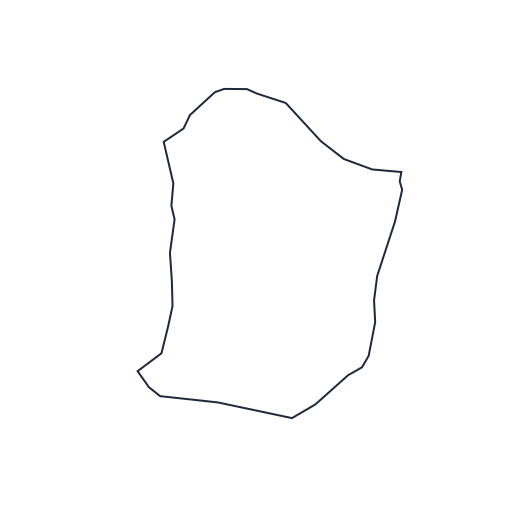 Concepción, Sololá, Guatemala, rotated 231°
{"feature_id": "79465075B28359200258392", "entity_name": "Concepción", "entity_type": "district", "adm_level": 2, "iso_a3": "GTM", "parent_name": "Guatemala", "parent_adm1": "Sololá", "projection": "robinson", "projection_center": [-91.133, 14.783], "detail": "fine", "context": "isolated", "style": "outline", "palette": "slate", "viewbox_px": 512, "rotation_deg": 231, "n_neighbors": 0, "source": "geoboundaries", "source_scale": "gbopen_adm2", "svg_char_len": 594}
<svg xmlns="http://www.w3.org/2000/svg" viewBox="0 0 512 512"><g transform="rotate(231 256 256)"><path d="M241.0,91.5L221.4,90.2L207.4,93.3L166.2,134.2L107.4,181.9L103.3,208.7L105.4,252.6L102.8,268.3L107.5,280.7L129.6,307.0L147.2,319.8L164.2,337.6L195.3,385.7L215.5,411.3L223.6,414.7L229.8,421.8L250.1,400.8L276.1,385.3L304.2,378.7L356.2,375.4L381.7,358.9L391.4,354.0L405.9,336.4L409.2,327.1L407.1,293.3L400.7,280.0L402.8,256.1L364.5,237.5L348.2,221.8L335.7,215.8L312.7,191.2L289.3,174.7L269.7,159.7L256.5,143.3L239.9,121.3L241.0,91.5Z" fill="none" stroke="#1e293b" stroke-width="2"/></g></svg>